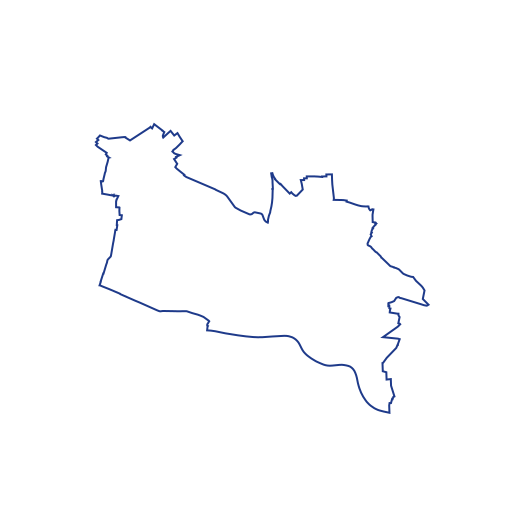 's-Hertogenbosch, Noord-Brabant, Netherlands (orthographic projection), rotated 213°
{"feature_id": "6326949B79471926410122", "entity_name": "'s-Hertogenbosch", "entity_type": "district", "adm_level": 2, "iso_a3": "NLD", "parent_name": "Netherlands", "parent_adm1": "Noord-Brabant", "projection": "orthographic", "projection_center": [5.356, 51.715], "detail": "fine", "context": "isolated", "style": "outline", "palette": "blue", "viewbox_px": 512, "rotation_deg": 213, "n_neighbors": 0, "source": "geoboundaries", "source_scale": "gbopen_adm2", "svg_char_len": 5862}
<svg xmlns="http://www.w3.org/2000/svg" viewBox="0 0 512 512"><g transform="rotate(213 256 256)"><path d="M58.7,197.2L62.9,203.2L63.9,205.4L62.7,206.2L64.0,210.3L63.5,210.4L64.1,212.7L63.7,213.1L63.4,213.6L72.1,220.8L75.9,226.2L79.2,223.5L83.4,229.5L86.9,228.4L91.6,235.1L91.3,235.4L91.2,236.1L90.9,241.8L88.3,255.3L88.9,258.6L88.6,258.7L89.1,259.8L90.2,264.5L91.9,264.0L105.3,257.1L98.7,273.7L98.4,274.8L97.9,277.3L98.6,277.5L100.0,277.1L102.3,283.0L103.7,283.6L104.1,283.8L104.3,284.0L105.1,285.2L106.1,284.6L113.1,281.5L113.9,283.0L114.6,285.1L115.4,284.7L115.8,284.8L117.0,286.8L117.2,287.0L117.8,286.2L119.3,288.5L119.2,288.8L118.4,289.6L117.0,291.3L115.7,293.3L115.6,293.5L115.6,297.2L114.8,298.5L113.9,299.3L113.1,299.2L112.1,299.3L111.4,299.7L90.7,305.6L88.4,306.2L86.2,307.1L85.8,307.3L85.4,307.8L84.8,309.1L92.7,310.8L95.9,318.9L98.8,320.3L100.3,320.8L101.5,321.1L108.3,322.3L112.8,324.0L114.1,323.3L115.2,322.9L118.6,322.0L122.2,321.4L123.3,321.4L128.3,322.5L129.2,322.6L132.2,322.1L133.9,321.5L134.1,321.7L134.8,321.4L135.3,321.4L137.3,320.8L138.1,320.7L140.4,321.2L149.8,323.0L150.0,322.9L151.2,323.6L156.9,324.8L157.4,324.6L158.0,324.6L161.5,325.4L162.8,325.6L164.0,326.1L164.8,326.3L165.6,326.3L167.7,326.0L168.3,326.1L169.0,326.9L169.3,327.4L169.4,328.3L169.6,329.4L170.0,331.9L170.2,334.2L170.1,334.9L169.8,335.5L171.6,336.6L171.6,338.4L171.6,338.7L172.2,338.7L172.7,340.2L172.9,340.7L172.9,343.0L173.5,343.0L173.3,345.0L172.8,347.2L172.7,347.4L172.9,347.9L172.8,348.4L173.4,348.2L173.5,348.7L174.0,348.8L174.0,349.1L174.6,349.0L175.0,348.5L175.7,348.4L176.6,348.0L179.9,352.8L180.8,354.2L181.5,355.8L182.0,356.9L182.9,359.0L184.0,358.5L184.9,356.6L185.2,356.5L186.7,357.1L187.6,357.7L188.1,358.1L188.7,358.8L189.8,358.1L190.6,357.5L193.2,356.0L195.0,355.1L197.8,354.1L200.6,353.3L206.7,351.8L209.7,350.9L210.1,351.9L213.5,350.3L221.4,345.4L221.7,346.1L222.3,347.1L230.9,357.5L233.6,361.2L236.8,365.8L241.4,362.7L240.3,361.1L243.9,358.7L243.6,358.3L247.2,356.4L251.0,354.2L256.8,350.4L255.7,348.8L258.0,347.3L257.0,345.9L259.8,344.1L256.8,341.3L253.0,337.2L254.6,328.8L254.8,328.6L255.3,328.3L255.5,328.0L256.7,327.9L258.6,328.1L259.5,328.2L261.2,328.7L261.7,326.7L272.2,329.1L273.1,329.4L274.6,329.8L274.7,329.3L275.0,329.3L275.6,329.4L281.8,330.7L282.1,330.8L282.0,331.1L284.1,332.0L285.4,332.8L286.6,333.7L287.4,334.4L288.3,333.6L285.7,330.7L285.0,330.2L283.4,328.5L282.2,326.7L278.4,321.5L278.8,321.0L278.6,320.8L278.0,320.5L276.0,317.2L273.8,313.6L271.7,309.6L270.1,306.0L268.5,301.6L267.8,300.1L267.5,298.6L267.1,296.8L265.7,293.0L265.4,292.5L264.6,291.3L264.3,290.4L265.1,290.3L266.1,290.2L266.9,290.3L268.0,290.6L268.6,290.8L269.4,291.3L272.9,293.9L273.6,294.2L274.5,294.3L275.4,294.1L280.6,292.1L281.2,291.7L281.7,290.9L281.8,290.6L282.1,289.5L282.4,288.8L283.2,287.9L284.1,287.4L293.6,285.8L299.2,285.4L299.7,285.4L300.4,285.5L312.5,290.2L313.9,290.6L316.1,290.8L317.8,290.7L325.8,289.6L326.2,289.7L327.5,289.5L357.4,284.3L358.6,284.3L360.3,284.4L360.3,285.1L365.6,285.6L370.2,286.1L372.1,286.6L372.3,290.4L372.6,290.5L377.5,292.7L376.3,295.2L377.0,295.6L374.8,299.1L378.7,297.9L379.8,297.7L380.6,297.6L382.6,298.1L383.0,298.1L383.0,298.3L382.9,300.0L383.0,300.1L382.1,302.3L381.8,303.3L380.8,307.8L380.0,312.3L380.3,312.4L384.9,314.4L388.8,316.3L390.2,312.5L395.8,314.4L396.7,311.1L398.3,304.8L398.8,305.1L399.5,305.9L399.7,306.3L400.1,308.3L400.1,308.1L400.4,310.0L402.8,310.1L402.8,310.3L413.2,311.1L412.6,306.4L413.2,306.4L414.8,306.9L414.9,306.5L414.8,306.4L415.1,305.7L424.6,284.3L430.8,284.2L430.8,284.3L431.0,284.2L433.2,282.5L443.5,274.1L444.2,273.9L445.4,273.9L448.0,273.0L452.5,272.1L452.6,271.4L453.0,269.1L453.3,267.8L451.4,267.4L452.3,264.4L450.2,264.0L450.7,261.9L448.3,261.4L437.4,261.2L437.3,259.4L435.2,259.1L435.1,258.4L432.9,258.5L433.2,258.2L431.7,254.2L430.1,248.8L428.4,245.5L428.2,244.8L427.9,243.2L427.6,242.5L425.9,237.7L425.0,235.5L425.0,235.3L425.1,235.1L425.3,234.9L426.8,234.5L427.0,234.3L424.7,231.6L420.3,226.7L420.2,226.3L419.4,225.4L419.0,224.5L413.6,226.8L411.6,227.6L409.1,228.7L408.9,228.7L409.0,228.8L408.9,228.8L408.9,229.0L408.7,229.3L408.6,228.8L408.4,228.8L408.4,229.5L408.2,229.4L408.1,229.2L407.3,229.5L407.2,229.3L406.8,230.0L406.4,230.3L404.1,231.3L403.6,227.5L403.7,227.4L403.3,226.2L403.2,226.2L402.9,225.3L399.9,220.7L397.1,222.3L396.9,222.3L395.1,219.3L392.7,216.1L390.7,217.1L389.0,213.6L390.7,211.5L392.0,210.4L389.6,206.1L389.1,206.3L387.1,201.9L387.9,201.5L387.8,201.4L388.1,201.2L388.2,201.3L387.2,199.2L384.0,191.8L383.9,191.7L382.8,188.9L378.4,178.7L377.8,177.2L377.6,176.6L377.6,176.2L378.3,172.6L378.3,171.6L378.2,171.3L377.4,169.3L376.9,167.1L374.3,158.2L374.6,158.1L372.3,149.7L372.1,149.7L371.2,146.2L370.8,146.4L367.9,146.9L360.9,148.3L350.1,150.2L349.4,150.3L349.1,150.1L333.1,152.7L328.2,153.6L309.3,156.6L307.3,157.0L306.2,157.4L304.1,159.2L292.9,166.2L292.3,166.5L292.0,166.7L284.5,171.7L283.8,172.0L278.3,173.4L272.9,175.1L270.3,175.7L266.9,176.3L260.4,176.0L259.7,175.8L259.7,174.2L259.6,173.5L259.7,172.6L259.6,172.1L259.4,171.7L259.0,171.1L258.2,171.1L258.2,170.4L256.5,167.0L253.1,168.9L249.2,170.7L239.5,174.5L227.8,179.7L220.7,183.1L214.2,186.5L210.3,188.8L206.4,191.4L198.6,197.3L188.9,204.4L186.9,205.6L185.0,206.5L183.0,207.1L181.1,207.6L179.1,207.7L177.2,207.6L175.2,207.2L173.3,206.6L171.3,205.6L167.4,203.3L165.5,202.3L163.5,201.5L161.6,201.0L159.6,200.6L157.7,200.4L153.8,200.2L149.9,200.3L147.9,200.4L144.0,201.0L140.2,201.7L138.2,202.3L136.3,203.1L134.3,204.2L132.4,205.6L126.5,210.3L124.6,211.6L122.6,212.6L120.7,213.4L118.7,214.1L116.8,214.5L114.8,214.4L112.9,214.0L110.9,213.2L109.0,212.0L107.0,210.5L105.1,208.8L101.2,204.8L99.2,203.0L97.3,201.4L93.4,198.6L89.5,196.4L85.6,194.7L83.7,194.0L81.7,193.5L79.8,193.1L77.8,192.9L73.9,192.8L72.0,193.0L70.0,193.3L68.1,193.8L64.2,195.1L58.7,197.2Z" fill="none" stroke="#1e3a8a" stroke-width="2"/></g></svg>